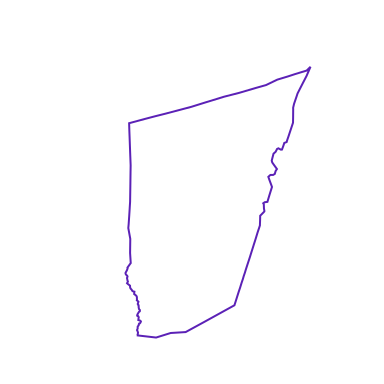 outline of San Sebastián Nicananduta, Oaxaca, Mexico, rotated 196°
{"feature_id": "50627088B60877418220141", "entity_name": "San Sebastián Nicananduta", "entity_type": "district", "adm_level": 2, "iso_a3": "MEX", "parent_name": "Mexico", "parent_adm1": "Oaxaca", "projection": "robinson", "projection_center": [-97.675, 17.518], "detail": "fine", "context": "isolated", "style": "outline", "palette": "violet", "viewbox_px": 384, "rotation_deg": 196, "n_neighbors": 0, "source": "geoboundaries", "source_scale": "gbopen_adm2", "svg_char_len": 2399}
<svg xmlns="http://www.w3.org/2000/svg" viewBox="0 0 384 384"><g transform="rotate(196 192 192)"><path d="M243.3,139.8L238.4,129.9L234.7,116.3L231.3,106.8L233.2,101.6L232.9,101.2L232.9,99.9L233.0,98.7L233.6,96.0L233.4,95.3L232.8,94.5L231.5,93.8L231.1,93.5L230.7,93.0L230.7,92.1L230.8,91.4L230.2,90.4L230.0,89.9L229.7,89.3L228.9,88.2L229.3,86.4L228.1,85.8L225.8,84.9L225.2,83.3L224.6,82.4L223.7,81.8L223.0,81.4L222.4,80.7L221.7,80.3L221.1,80.3L219.9,80.3L219.8,79.4L219.6,78.9L219.5,78.0L218.3,77.5L217.5,77.2L216.8,76.8L216.0,75.8L215.7,74.7L215.2,73.3L215.2,72.7L214.5,72.4L213.8,72.1L213.2,71.7L213.3,70.8L213.3,69.4L212.5,68.8L212.5,68.5L212.0,68.1L211.7,67.3L211.7,66.9L210.9,65.3L210.5,64.7L209.7,64.3L209.3,63.4L209.3,62.9L209.7,62.5L210.0,62.0L210.4,60.5L210.7,59.3L210.7,58.2L210.4,57.8L209.9,57.7L209.7,57.9L208.7,57.0L208.5,55.3L208.3,54.1L207.9,54.1L207.3,54.1L206.6,54.1L205.8,53.8L205.4,53.4L205.5,52.8L205.6,52.1L205.9,51.4L206.1,51.1L206.6,50.9L206.7,50.1L206.6,49.8L206.5,49.4L206.7,48.6L206.9,48.2L207.1,47.8L207.0,47.1L206.6,45.8L206.8,44.1L206.5,43.8L205.9,43.1L205.1,41.9L205.1,41.4L204.9,40.3L205.0,39.6L205.0,39.3L205.2,39.1L205.6,39.0L186.4,42.2L173.6,50.6L159.5,55.6L144.4,70.5L120.0,94.8L119.9,97.9L119.7,105.4L119.6,108.9L119.4,113.2L119.3,118.3L119.1,122.6L119.1,124.2L119.1,125.4L118.9,129.4L118.9,131.6L118.7,137.5L118.5,142.6L118.4,145.6L118.3,150.2L118.1,157.3L118.1,158.2L118.0,161.2L117.9,164.9L117.8,171.3L117.6,175.7L117.5,178.6L118.0,180.5L118.6,183.0L119.9,188.0L117.2,193.0L117.1,193.5L117.3,194.0L117.6,194.6L118.3,196.0L119.6,200.0L120.4,200.8L119.3,202.2L116.8,203.3L116.7,210.9L116.5,218.9L118.0,221.0L120.6,224.5L122.8,227.6L121.8,229.3L121.3,230.0L118.7,230.8L117.4,232.2L117.4,235.2L116.7,237.5L121.4,241.2L123.0,242.5L124.0,244.1L124.1,247.0L124.2,251.3L122.7,253.7L122.1,256.8L121.0,257.8L118.2,257.2L117.2,257.6L116.9,261.8L116.8,264.6L114.8,266.1L114.8,268.1L114.6,271.5L114.0,286.4L114.2,287.2L115.4,291.7L117.5,299.3L118.0,300.9L118.2,304.9L117.8,312.9L117.7,315.8L115.5,327.1L113.9,335.0L112.6,345.0L115.3,340.3L125.2,333.9L131.7,329.5L141.0,323.5L150.3,315.2L159.2,309.7L174.0,300.3L187.5,292.4L204.1,281.6L216.1,273.7L238.9,260.1L248.4,254.6L257.5,249.2L271.4,240.8L269.2,233.9L267.1,227.5L262.5,213.4L258.3,200.6L256.5,193.9L252.9,180.7L248.8,165.5L245.8,151.9L244.0,143.5L243.3,139.8Z" fill="none" stroke="#5b21b6" stroke-width="2"/></g></svg>